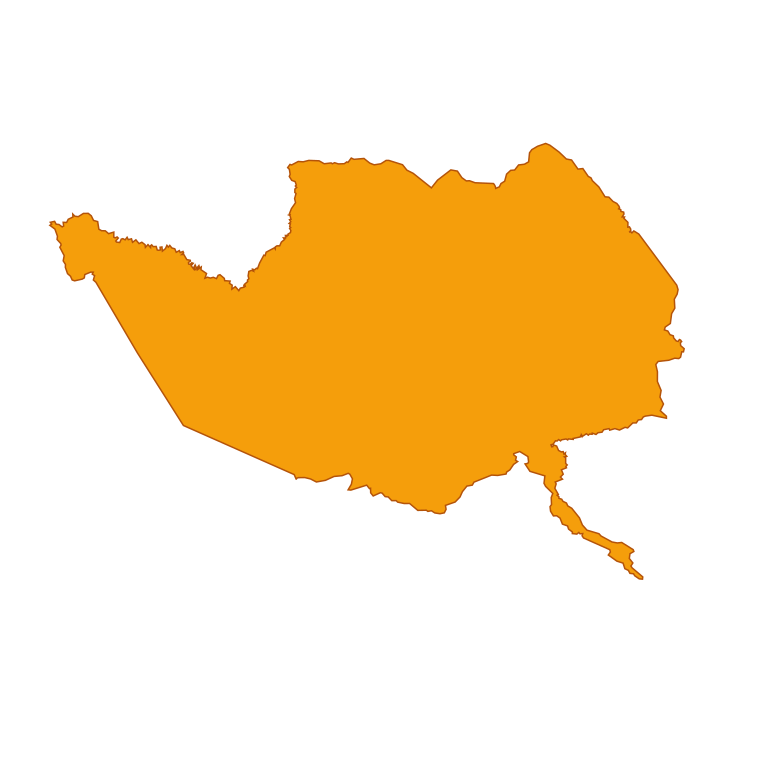 Chama, Muchinga, Zambia, rotated 81°
{"feature_id": "96606910B17560798529879", "entity_name": "Chama", "entity_type": "district", "adm_level": 2, "iso_a3": "ZMB", "parent_name": "Zambia", "parent_adm1": "Muchinga", "projection": "orthographic", "projection_center": [32.797, -11.274], "detail": "fine", "context": "isolated", "style": "filled", "palette": "amber", "viewbox_px": 768, "rotation_deg": 81, "n_neighbors": 0, "source": "geoboundaries", "source_scale": "gbopen_adm2", "svg_char_len": 6130}
<svg xmlns="http://www.w3.org/2000/svg" viewBox="0 0 768 768"><g transform="rotate(81 384 384)"><path d="M392.5,85.0L389.5,84.8L388.7,83.4L387.0,84.2L386.3,85.3L388.0,86.8L387.2,88.6L383.8,90.7L381.7,90.7L380.0,93.8L376.1,95.4L374.4,98.6L371.7,97.3L369.0,91.7L359.5,88.9L354.6,84.9L345.7,84.0L341.1,80.4L336.8,78.8L332.2,79.4L275.7,108.9L271.9,113.3L273.5,115.5L272.2,116.4L272.4,118.1L271.2,116.3L269.5,116.1L267.2,117.0L267.2,118.6L262.5,117.8L257.8,121.2L256.7,120.3L256.2,122.6L253.7,120.4L251.7,120.4L250.6,123.0L248.8,122.9L247.7,124.8L246.9,123.8L245.1,124.1L242.1,125.8L239.5,129.3L234.6,132.7L233.7,136.4L222.9,141.0L215.8,146.4L212.8,147.3L210.9,149.8L202.3,153.9L202.1,158.8L192.1,163.7L190.3,168.7L182.3,174.8L174.1,182.8L171.7,186.7L173.2,195.1L175.6,201.3L178.4,204.1L187.2,206.4L188.9,210.9L188.7,216.8L193.1,221.5L192.8,225.5L195.9,230.1L202.6,233.1L204.3,237.1L207.3,239.2L208.3,243.1L206.5,243.1L204.1,243.9L203.1,244.6L199.5,262.5L196.6,267.8L196.3,270.9L192.4,274.8L185.2,278.2L183.0,284.5L191.0,299.2L197.7,306.5L180.5,322.2L176.4,327.9L170.3,331.4L163.9,344.3L163.5,346.9L166.0,352.7L166.0,359.4L163.6,363.5L158.1,368.5L157.4,378.5L155.7,381.0L159.5,384.9L158.8,386.0L160.2,388.8L159.5,394.6L157.7,398.2L158.4,400.6L157.4,401.6L157.1,408.6L153.4,413.2L151.4,423.3L151.9,429.1L150.8,433.9L153.2,441.0L152.4,442.5L155.2,445.3L157.2,443.9L162.2,443.9L164.2,445.1L168.4,443.3L170.2,440.1L173.8,439.5L174.6,440.6L176.2,439.5L177.5,441.5L180.9,442.1L182.1,441.1L186.9,443.3L191.1,443.0L196.3,448.0L201.1,450.8L201.9,450.3L202.2,451.5L202.8,450.5L206.8,450.1L206.9,451.6L209.2,450.7L210.6,452.6L211.2,451.4L213.6,452.5L214.9,451.7L215.5,452.9L217.8,452.0L219.8,452.7L221.0,455.4L222.0,455.4L221.9,457.9L223.1,457.1L223.3,458.4L224.5,458.5L224.0,460.4L225.7,459.6L227.8,463.2L231.2,465.4L230.8,468.1L231.5,469.8L233.6,470.3L232.3,470.9L235.4,479.8L238.6,481.3L237.9,482.5L245.0,487.9L250.3,490.9L249.7,491.9L251.0,493.8L250.1,495.7L252.2,495.2L251.0,497.0L251.7,499.9L256.0,501.3L258.9,501.0L260.0,502.6L261.5,502.6L263.6,506.0L265.6,505.8L264.8,507.0L266.5,507.1L266.8,510.9L269.1,512.8L264.6,515.6L266.5,519.4L262.6,518.5L260.4,520.9L258.3,519.9L257.0,525.2L254.7,525.2L250.4,528.9L250.7,530.8L253.7,533.0L251.9,535.9L252.2,539.0L250.9,541.7L251.5,544.3L247.1,542.0L242.5,546.9L239.8,546.2L242.0,550.5L240.8,550.4L239.8,548.1L238.1,548.3L240.5,551.0L236.9,551.9L238.7,553.3L241.5,552.5L241.6,553.4L237.0,556.0L234.9,553.6L234.2,554.9L235.5,556.7L235.0,558.2L233.3,558.1L232.4,556.0L231.5,556.0L230.3,559.3L224.7,561.5L224.5,563.5L223.1,561.4L221.6,561.8L222.3,564.7L220.2,565.3L221.4,568.6L217.7,569.5L216.5,572.2L213.6,573.9L215.1,575.6L213.1,576.7L216.1,578.7L218.1,582.1L213.9,581.9L213.9,583.8L216.6,583.9L216.7,585.6L216.2,587.0L212.5,587.5L212.2,590.5L210.2,591.7L210.8,592.8L212.7,593.2L209.4,595.3L211.7,598.3L209.0,598.2L206.1,601.0L207.0,604.0L202.8,606.5L204.7,610.2L201.1,610.7L201.4,614.0L198.9,614.8L201.1,617.1L199.6,619.2L199.8,620.8L202.9,622.9L202.0,626.0L200.8,626.6L198.3,623.6L197.0,624.6L197.6,626.7L196.7,627.9L191.7,627.1L192.4,632.5L189.1,635.3L188.4,639.0L186.5,641.4L178.8,641.4L177.0,645.3L172.1,646.8L169.2,649.4L168.5,654.2L170.9,659.8L169.9,663.1L167.5,664.8L170.4,665.1L171.9,670.1L174.8,672.2L174.1,675.6L177.9,675.7L178.5,677.3L175.6,680.1L174.9,682.8L171.8,683.9L172.1,688.3L174.1,687.2L175.0,689.2L179.5,684.8L186.9,683.4L190.1,684.3L194.7,681.3L196.3,681.2L198.2,682.8L207.2,679.8L212.2,681.6L216.1,679.9L218.9,680.5L225.5,679.3L228.5,676.8L232.5,675.7L233.7,673.4L233.2,665.6L232.3,663.4L229.1,662.4L227.6,656.2L228.1,653.7L229.8,655.0L231.7,652.9L235.8,654.8L238.5,652.6L314.7,622.7L393.6,588.6L459.4,486.9L464.7,485.5L463.5,485.3L463.1,483.2L464.0,476.9L466.3,471.4L470.2,466.1L470.0,456.9L467.5,447.8L468.0,439.7L466.6,433.3L467.8,431.8L472.7,430.0L477.9,431.9L482.9,436.0L483.6,433.3L481.2,416.9L485.1,414.7L484.9,413.6L489.4,414.2L492.9,412.2L490.8,404.6L491.5,402.9L495.4,400.5L496.2,397.5L500.4,394.6L501.1,390.2L502.8,389.0L505.2,382.8L506.0,377.4L514.1,370.4L515.3,361.9L516.7,360.6L516.6,357.0L519.3,354.0L520.9,349.0L520.7,344.6L517.5,342.3L513.5,342.3L511.7,332.2L507.5,326.6L502.6,323.4L497.8,318.1L497.7,312.6L495.0,310.5L490.8,292.0L492.1,286.0L492.0,277.5L490.2,276.7L488.5,273.1L483.7,268.6L481.5,264.1L479.9,266.0L476.7,264.7L474.2,267.0L473.1,266.8L471.9,260.5L478.2,253.2L483.7,253.4L484.9,254.5L485.0,257.2L493.1,253.5L499.9,239.5L507.1,241.5L510.4,240.4L518.5,234.4L522.3,236.6L529.3,237.4L531.1,239.2L535.7,239.4L540.8,237.3L541.1,234.1L544.0,231.1L550.3,229.7L552.9,224.9L556.2,224.4L559.6,221.1L561.2,221.4L562.4,217.0L561.1,214.8L562.6,213.9L562.8,211.1L564.9,212.1L567.3,211.0L583.0,186.9L585.4,186.7L588.0,189.2L595.4,181.7L598.3,175.9L604.1,175.0L606.3,171.8L609.5,170.7L610.5,167.2L612.6,166.4L616.4,162.4L617.2,159.2L615.0,158.6L604.4,167.7L602.4,168.6L599.7,166.2L594.7,169.0L590.1,167.6L588.5,163.4L586.6,163.8L577.7,174.0L577.5,178.4L575.7,183.5L568.1,193.4L565.5,195.1L560.1,206.4L554.3,210.1L546.8,211.9L536.1,218.0L533.1,221.6L530.1,222.4L527.9,225.6L525.6,226.5L524.3,229.1L522.7,228.9L520.9,230.4L520.4,229.1L513.7,231.6L509.6,229.6L507.6,230.2L505.9,222.6L503.5,224.3L501.1,221.1L496.5,222.2L495.3,216.9L493.9,217.3L492.6,215.7L490.9,217.0L485.2,216.1L484.2,217.2L484.0,214.8L481.9,216.1L480.4,215.6L481.3,217.2L478.8,217.6L478.8,219.5L476.9,222.0L472.3,223.2L470.6,226.3L472.3,227.0L472.3,228.2L470.2,228.6L469.8,226.3L466.9,223.5L467.4,222.0L466.2,220.2L467.8,218.5L466.9,217.4L466.8,212.8L468.0,211.3L467.1,210.5L468.3,205.8L467.4,205.8L467.0,198.4L465.8,197.8L466.8,197.0L465.3,196.8L466.7,196.1L464.8,191.9L466.5,190.2L465.6,188.8L466.2,186.3L465.1,186.0L467.0,182.5L465.6,180.3L465.7,176.2L463.5,174.2L463.3,168.7L464.9,168.3L464.2,162.9L466.3,158.6L464.5,152.7L465.5,150.2L461.4,144.4L461.9,140.9L459.3,138.5L459.4,135.2L457.1,133.0L456.6,130.9L456.7,124.3L462.0,110.4L460.0,110.1L453.6,115.3L447.5,111.1L440.1,113.5L433.7,111.3L424.3,113.6L414.7,112.0L407.3,112.5L404.6,109.7L405.1,99.0L404.0,92.8L405.0,88.9L403.9,86.9L398.8,84.9L399.1,83.2L396.1,82.0L392.5,85.0Z" fill="#f59e0b" stroke="#b45309" stroke-width="1.5"/></g></svg>